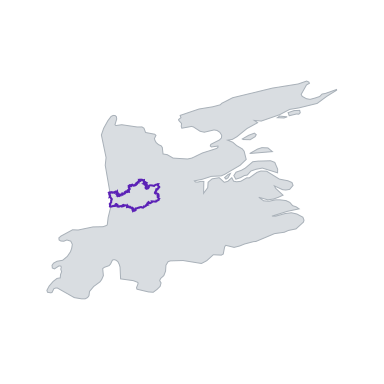 Mymensingh, Dhaka, Bangladesh (highlighted), rotated 262°
{"feature_id": "16705992B54511139091050", "entity_name": "Mymensingh", "entity_type": "district", "adm_level": 2, "iso_a3": "BGD", "parent_name": "Bangladesh", "parent_adm1": "Dhaka", "projection": "equal_earth", "projection_center": [90.455, 24.722], "detail": "fine", "context": "in_parent", "style": "outline", "palette": "violet", "viewbox_px": 384, "rotation_deg": 262, "n_neighbors": 0, "source": "geoboundaries", "source_scale": "gbopen_adm2", "svg_char_len": 9493}
<svg xmlns="http://www.w3.org/2000/svg" viewBox="0 0 384 384"><g transform="rotate(262 192 192)"><path d="M139.3,277.8L139.3,267.9L134.1,248.3L134.3,246.2L133.2,236.8L131.9,231.6L131.3,226.0L134.5,218.0L133.2,216.7L126.2,214.3L125.4,212.2L126.9,204.4L121.9,197.0L119.9,191.4L125.4,173.6L126.8,161.1L126.4,158.7L123.1,156.0L117.3,154.8L113.2,152.5L110.8,149.0L108.8,147.6L106.3,148.7L103.0,147.3L100.4,143.8L98.1,139.6L99.1,135.0L103.4,124.0L104.9,123.7L108.6,125.8L110.0,125.8L112.4,121.5L115.9,109.2L127.6,110.3L130.4,109.9L133.4,108.9L135.0,107.3L135.9,105.4L135.6,103.7L132.0,101.3L130.6,99.6L129.6,94.7L128.6,92.9L121.5,92.6L117.8,90.3L115.8,88.3L112.2,81.6L107.8,76.7L103.6,75.5L102.0,73.9L101.1,71.4L101.6,67.7L103.8,60.7L115.6,45.4L115.9,43.7L115.5,41.8L112.0,39.4L111.8,38.2L112.8,35.0L114.8,34.6L118.8,37.5L122.8,42.1L125.2,46.3L125.3,49.6L128.5,50.3L131.2,51.8L133.9,51.3L135.7,52.1L136.9,51.8L137.3,49.9L135.0,45.1L136.2,43.1L138.9,43.2L140.8,45.0L142.2,48.7L142.4,54.4L145.6,59.6L149.7,63.3L152.9,65.0L156.8,66.2L160.2,65.1L161.9,61.4L161.1,58.2L161.7,55.3L163.0,53.7L165.1,53.8L166.6,56.1L171.2,68.5L170.2,74.0L171.2,89.1L170.0,99.1L170.8,102.9L171.5,103.6L178.4,105.4L188.4,109.4L196.0,110.9L230.5,109.8L238.1,111.7L261.1,110.2L267.4,113.4L274.3,118.6L278.1,122.4L278.8,124.6L278.4,126.5L277.1,127.6L274.8,127.6L269.4,125.1L268.4,125.8L268.4,131.8L264.0,146.8L263.4,151.5L261.9,153.3L257.4,154.3L254.4,163.1L253.1,164.2L250.1,162.2L248.3,162.5L245.9,163.4L243.6,165.4L242.0,167.9L240.2,168.8L233.7,168.6L232.4,172.7L228.2,178.0L225.3,192.2L225.6,196.5L229.2,207.8L231.7,222.5L232.7,224.0L233.9,224.1L233.9,217.4L235.1,216.5L236.6,217.3L239.7,226.4L241.4,228.7L244.1,229.3L247.2,227.9L249.5,225.3L250.4,222.4L249.5,212.5L251.0,208.5L256.2,202.5L257.0,200.7L256.6,190.8L258.6,190.5L261.3,191.2L264.6,188.9L265.7,188.8L267.1,191.4L269.5,190.9L273.2,210.5L273.5,224.4L274.4,232.1L275.7,233.8L279.7,245.4L283.7,286.2L284.2,312.2L285.9,321.0L284.6,323.0L283.3,323.4L282.1,320.3L273.5,313.7L271.4,314.4L268.5,318.2L267.3,321.8L267.9,326.8L268.8,331.7L270.9,334.5L271.0,337.6L273.4,349.4L272.7,349.4L268.0,338.8L262.3,328.3L260.4,309.5L260.2,300.2L256.3,289.4L252.6,270.4L254.2,263.7L251.5,266.6L247.2,255.3L240.5,244.2L238.5,239.3L238.4,234.5L235.6,239.3L231.7,242.7L227.7,247.8L225.1,249.3L216.7,250.2L211.8,243.4L204.9,226.8L203.9,223.1L204.8,213.3L203.2,204.1L202.7,195.9L201.5,196.7L201.0,198.9L201.3,202.3L200.8,205.2L189.1,203.3L194.1,208.2L199.4,209.3L202.2,213.7L202.4,220.9L197.1,225.3L197.6,228.9L200.6,233.4L196.9,234.7L195.9,237.6L195.8,241.8L198.4,248.2L198.0,250.7L202.4,259.1L203.2,263.1L202.2,268.8L192.6,280.3L189.8,288.5L187.5,292.3L184.5,293.0L181.0,289.1L180.9,285.1L181.7,282.0L186.6,274.4L183.9,275.4L176.2,281.7L174.7,276.6L173.7,271.8L173.7,266.0L177.5,257.4L173.3,261.7L172.1,267.1L172.6,273.5L172.0,278.0L170.4,283.9L168.1,287.4L164.5,289.7L162.8,293.1L160.4,295.7L159.6,283.8L157.0,267.8L156.4,271.3L157.7,281.2L157.6,287.6L155.6,292.8L151.6,298.3L148.5,299.0L146.7,298.2L141.0,289.9L140.5,282.1L139.3,277.8ZM209.8,278.1L202.7,280.0L199.1,279.4L205.9,265.0L205.6,258.6L204.6,253.3L201.1,249.1L201.0,246.1L199.4,242.0L198.6,237.2L202.4,235.7L205.5,238.4L206.6,243.9L208.2,248.0L213.5,256.4L213.4,261.5L212.0,274.2L209.8,278.1ZM225.1,273.3L220.8,277.2L222.1,254.5L225.4,262.9L226.2,267.4L225.1,273.3ZM241.6,262.0L239.8,263.6L238.0,262.2L235.7,256.9L236.8,250.1L237.5,249.2L240.3,256.1L241.6,262.0ZM257.9,310.0L255.4,310.2L254.2,308.6L254.7,306.3L254.0,298.9L257.2,298.2L258.4,304.4L257.9,310.0ZM255.0,289.3L253.2,296.7L252.5,293.4L253.7,286.9L255.0,289.3ZM204.3,230.2L205.0,232.6L201.0,229.6L200.0,227.4L201.7,226.3L204.3,230.2Z" fill="#d9dde1" stroke="#a8b0b8" stroke-width="1"/><path d="M204.5,159.7L204.6,159.1L204.3,158.5L204.2,157.0L203.6,155.5L203.3,155.3L203.6,154.4L203.8,154.2L204.0,153.3L204.1,153.2L204.2,152.7L204.2,152.4L204.4,151.7L204.4,151.1L204.1,150.6L204.2,150.4L203.9,150.0L203.3,149.9L202.5,149.4L202.4,149.6L202.0,149.3L201.9,148.9L201.7,148.8L201.5,147.5L201.8,147.2L201.9,146.9L202.1,146.7L202.7,146.6L203.2,146.8L203.2,147.0L203.8,147.7L204.1,147.5L204.0,147.8L204.5,147.7L204.6,147.9L204.9,148.0L205.1,148.3L205.7,148.3L205.8,147.9L205.7,147.5L205.9,147.5L206.0,147.1L205.8,146.9L205.9,146.4L206.0,146.3L206.1,146.0L206.5,145.9L206.7,145.6L206.8,146.5L207.0,146.8L207.2,147.0L207.3,147.7L207.5,148.1L208.1,147.3L208.0,147.1L208.3,146.6L208.3,146.0L208.7,146.3L208.9,145.8L209.5,146.0L209.8,146.0L210.4,146.1L210.3,145.5L210.5,145.5L210.6,145.0L210.8,144.8L210.7,144.2L210.8,144.0L210.9,144.3L211.0,144.3L211.1,143.9L211.2,143.3L211.1,142.9L211.2,142.7L211.4,142.5L211.5,142.1L211.4,141.7L211.3,141.8L211.3,142.1L210.9,141.8L211.0,142.1L210.9,142.2L210.6,142.2L210.5,142.4L210.3,142.3L210.5,142.0L210.2,142.1L210.2,141.9L210.3,141.8L210.5,141.3L210.4,140.8L210.0,140.7L209.7,140.2L209.7,140.4L209.5,140.6L208.9,140.5L209.1,139.6L208.9,139.1L208.4,139.1L208.2,138.4L207.8,138.4L207.8,138.2L207.5,138.4L206.8,137.5L206.6,137.0L206.7,136.5L206.9,136.3L206.8,136.1L206.8,135.7L206.4,135.7L206.4,134.9L206.7,134.8L206.9,134.0L207.3,134.2L207.6,134.0L207.5,133.4L207.2,133.3L207.2,132.8L206.4,132.5L206.5,132.3L206.4,131.8L206.5,131.6L206.9,131.7L207.0,132.0L207.4,131.9L207.5,131.6L207.5,131.4L207.3,131.2L206.8,131.0L207.0,130.4L206.9,130.2L206.6,130.3L206.4,130.1L205.7,130.2L205.4,130.1L205.3,130.3L204.5,130.7L204.2,130.3L203.5,130.5L203.4,130.1L203.0,130.0L202.9,129.5L202.6,129.7L202.3,129.6L201.8,129.6L201.8,129.2L201.7,129.0L201.3,129.6L201.0,129.6L201.1,129.3L201.6,128.9L201.9,128.3L202.0,128.4L202.1,128.0L201.7,127.8L201.5,128.2L201.3,127.9L201.2,128.0L200.9,127.9L200.9,127.7L201.3,127.5L201.2,127.2L201.4,127.2L201.2,126.9L201.2,126.4L201.4,126.3L201.2,126.1L201.2,125.6L200.2,125.6L199.9,125.3L199.8,125.0L200.1,124.9L200.0,124.6L200.1,124.4L200.0,124.0L199.8,123.9L199.9,123.6L199.8,123.4L200.1,123.1L200.3,123.0L200.3,122.8L200.0,122.8L199.9,122.6L199.5,122.5L199.7,122.3L199.6,122.0L199.1,122.3L199.1,122.1L199.0,121.5L199.2,120.9L199.4,120.5L199.1,120.6L198.9,120.1L198.6,120.2L198.7,119.7L198.6,119.3L198.2,119.2L198.3,118.9L198.6,118.5L198.4,118.3L198.2,117.9L198.5,117.7L198.7,117.8L198.8,118.4L198.9,117.8L199.2,118.1L199.5,117.8L199.8,118.5L200.0,118.7L200.3,118.6L200.4,118.1L199.9,117.9L199.8,117.6L200.3,117.6L200.5,117.1L201.0,117.5L201.3,117.4L201.5,117.5L201.9,118.0L202.2,117.6L202.4,117.9L202.8,117.9L202.6,117.7L202.8,117.6L202.7,117.4L202.7,117.1L202.8,116.8L202.7,116.6L203.0,116.5L202.9,116.2L202.7,116.1L202.7,115.9L202.8,116.0L202.9,115.9L202.8,115.6L202.6,115.5L202.4,115.6L202.4,115.9L202.1,116.2L202.1,115.4L202.3,115.3L202.0,114.9L202.5,114.3L202.5,114.1L202.7,113.8L202.5,113.5L202.6,113.4L202.6,113.2L202.8,112.8L202.7,112.7L203.0,112.4L202.7,111.8L203.0,111.6L203.0,111.2L203.2,110.8L203.1,110.3L203.1,110.0L202.9,109.7L202.7,109.9L202.0,109.8L202.0,110.0L201.7,109.9L201.6,110.1L201.3,110.0L200.7,110.1L200.6,109.9L199.2,110.1L198.8,109.9L198.9,110.2L198.4,110.1L198.4,110.3L197.9,110.7L196.5,111.1L196.4,111.5L196.1,111.6L195.2,111.2L194.6,110.7L193.2,110.6L192.3,109.7L191.6,108.9L191.1,109.0L190.8,109.2L189.1,108.7L188.9,108.9L189.0,109.3L188.8,110.3L188.8,110.6L188.9,110.8L189.1,111.4L189.2,111.9L189.0,112.0L188.9,113.5L188.9,114.1L189.5,114.3L189.8,114.9L190.3,114.5L190.6,114.8L190.6,115.1L190.3,115.0L190.1,115.2L189.8,115.1L189.8,115.9L189.6,116.1L189.6,116.3L189.4,116.3L189.2,116.5L188.9,116.6L188.7,115.9L188.4,116.0L188.4,116.3L188.2,116.6L187.9,116.5L187.7,117.1L187.8,117.5L187.7,118.1L188.0,118.3L188.0,118.9L187.9,119.9L187.6,120.1L187.7,120.3L187.4,120.7L187.4,121.0L187.5,121.2L187.7,121.3L187.9,121.1L188.1,121.2L188.0,121.4L188.6,121.7L188.7,122.3L188.3,122.4L187.8,122.2L187.6,122.4L187.8,122.8L187.8,123.0L188.2,123.4L188.0,124.5L187.8,124.8L187.9,125.2L187.8,125.5L187.2,125.9L186.1,125.6L186.1,125.8L186.4,126.0L186.1,126.3L185.9,126.7L185.6,126.7L186.3,126.7L186.2,127.0L186.3,127.0L185.8,127.3L185.8,127.9L185.5,128.1L185.7,128.6L185.9,128.7L185.7,128.9L185.5,128.7L185.1,128.8L184.7,129.6L184.8,129.8L184.6,130.1L184.7,130.6L184.3,130.7L184.0,130.8L183.9,131.4L183.7,131.4L183.7,131.2L183.2,130.8L183.1,131.0L182.8,130.9L182.8,131.1L182.4,131.2L181.8,130.8L181.3,130.9L181.9,132.0L182.0,132.5L182.1,132.8L181.8,132.9L181.9,133.0L181.8,133.3L181.9,133.6L183.4,133.6L183.6,133.8L183.4,134.7L183.7,135.6L183.6,136.1L183.9,136.6L184.0,137.2L184.0,137.8L183.9,137.9L184.2,138.4L184.2,139.2L184.1,139.8L183.9,139.8L183.7,140.2L183.5,140.9L183.3,141.3L183.6,141.7L183.9,142.4L184.3,142.5L184.1,142.9L184.4,143.8L184.5,143.8L184.8,144.5L185.1,144.5L185.3,145.6L185.5,145.3L185.8,145.3L186.0,145.8L186.2,145.7L186.7,146.0L186.5,146.4L186.6,146.7L186.9,146.5L187.2,147.0L187.4,147.4L187.7,147.4L187.8,147.2L188.1,147.5L187.4,148.2L187.2,148.6L186.8,148.6L186.7,148.8L186.8,149.2L187.1,149.3L187.2,150.1L187.3,150.2L187.5,150.9L188.0,151.2L188.3,151.1L187.5,154.8L187.7,155.5L188.3,155.6L188.2,156.0L188.7,157.0L188.6,157.5L188.9,158.0L189.6,158.1L190.0,158.6L191.4,157.4L191.9,157.7L192.3,157.7L192.4,157.4L192.8,157.4L192.7,158.0L192.9,158.1L192.9,158.4L193.5,158.2L193.6,157.9L193.9,158.0L194.1,158.4L194.5,158.3L194.8,157.6L195.3,156.9L195.4,157.1L195.6,156.8L195.5,155.7L196.2,155.1L196.8,155.3L197.4,155.8L197.4,156.1L197.9,156.3L198.0,156.6L198.3,156.6L199.0,156.7L199.4,157.1L199.7,157.2L199.3,158.1L200.4,158.8L200.3,159.2L201.1,159.8L201.4,160.3L201.7,160.3L202.7,159.4L203.4,159.1L203.8,159.2L204.5,159.7Z" fill="none" stroke="#5b21b6" stroke-width="2"/></g></svg>